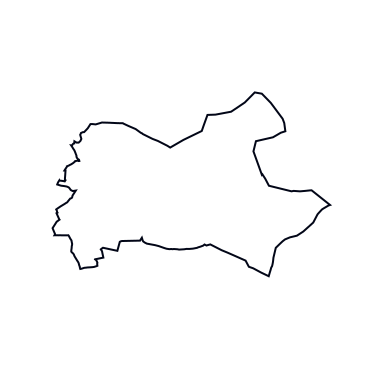 Ikwerre, Rivers, Nigeria (Albers equal-area conic projection), rotated 117°
{"feature_id": "59680162B85189896765318", "entity_name": "Ikwerre", "entity_type": "district", "adm_level": 2, "iso_a3": "NGA", "parent_name": "Nigeria", "parent_adm1": "Rivers", "projection": "albers", "projection_center": [6.95, 5.081], "detail": "fine", "context": "isolated", "style": "outline", "palette": "ink", "viewbox_px": 384, "rotation_deg": 117, "n_neighbors": 0, "source": "geoboundaries", "source_scale": "gbopen_adm2", "svg_char_len": 4421}
<svg xmlns="http://www.w3.org/2000/svg" viewBox="0 0 384 384"><g transform="rotate(117 192 192)"><path d="M74.8,181.3L88.3,185.6L102.7,193.6L112.4,206.2L116.3,213.2L127.4,211.8L133.2,211.0L149.5,223.3L162.3,231.6L162.0,234.9L162.0,238.4L162.0,245.6L162.6,251.3L162.7,262.2L162.4,263.3L162.5,264.4L161.5,270.8L162.0,278.5L162.1,281.2L162.2,284.5L162.1,284.8L164.4,289.5L168.1,297.7L171.0,303.8L175.5,308.5L176.6,311.4L177.6,313.3L182.5,313.8L184.3,314.3L187.6,315.3L188.4,316.6L189.9,317.7L190.1,317.6L191.8,317.6L194.9,314.7L197.1,314.6L199.4,315.4L200.4,317.3L200.2,319.8L200.7,319.6L202.2,319.0L202.4,319.4L203.1,319.8L203.5,319.9L204.5,320.0L204.9,320.1L205.1,320.4L205.3,320.9L206.3,319.1L207.5,317.2L208.1,316.0L208.4,315.6L208.8,315.1L209.5,314.3L210.0,313.7L210.6,313.1L211.3,312.3L211.8,311.7L212.0,311.5L212.7,311.1L213.1,310.9L213.3,310.6L213.7,310.2L213.9,309.8L214.1,309.4L214.4,308.7L214.5,308.3L214.5,308.0L214.5,307.6L214.6,307.3L214.8,307.1L215.0,306.9L215.5,306.5L215.9,307.1L215.9,307.3L215.8,307.6L215.8,307.9L215.9,308.0L216.8,309.2L217.6,310.2L218.0,310.3L218.2,310.2L220.3,311.1L222.3,312.3L223.3,313.1L224.4,313.8L225.8,315.0L225.9,314.9L226.9,315.0L227.7,315.1L229.4,315.3L230.8,315.4L230.4,314.4L233.9,312.9L235.8,312.1L237.5,311.4L239.0,310.7L239.0,310.1L240.3,310.2L240.6,311.4L241.0,312.6L241.6,314.3L242.0,315.4L241.9,315.5L244.1,315.7L245.7,315.6L246.5,315.5L245.8,311.5L245.0,309.3L244.6,308.1L244.0,306.1L243.9,304.9L243.9,303.8L244.2,303.0L244.9,301.6L245.2,301.1L245.3,300.3L245.3,299.6L245.3,299.2L245.3,298.7L243.5,296.2L246.4,296.5L247.3,296.6L248.4,296.7L249.0,296.8L249.3,296.8L249.5,296.8L250.3,296.6L251.0,296.4L251.4,296.4L251.6,296.4L251.9,296.5L252.1,296.6L252.4,296.8L252.7,297.1L253.1,297.5L253.4,297.6L253.9,297.7L255.3,298.0L255.8,298.1L256.6,298.3L257.4,298.4L257.8,298.5L258.2,298.7L258.9,299.2L259.6,299.6L260.5,300.1L264.2,302.4L264.9,302.8L266.0,303.4L266.9,303.9L268.0,304.5L268.8,304.9L269.2,305.1L269.3,305.0L269.3,304.7L269.8,304.2L270.3,303.7L270.9,303.2L271.2,303.0L271.5,302.5L272.4,303.1L276.6,297.9L276.8,297.5L278.1,298.2L279.1,298.6L279.5,298.9L279.8,299.1L280.0,299.1L280.4,299.1L281.1,299.2L282.4,299.3L286.4,299.7L287.3,299.8L287.5,299.8L288.3,298.9L290.1,296.8L291.5,295.1L292.0,294.7L292.3,294.6L292.5,294.7L292.8,294.9L293.0,294.9L292.5,294.0L291.9,292.8L291.2,291.3L290.3,289.6L289.5,287.9L288.6,286.1L287.8,284.5L286.8,282.6L286.7,282.5L286.8,282.3L287.1,281.7L287.9,280.6L289.0,279.0L289.7,277.7L290.1,277.2L290.7,276.8L291.7,276.0L292.2,275.6L292.7,275.2L294.0,274.7L294.3,274.7L295.2,274.4L296.1,274.0L297.4,273.5L298.1,273.3L299.1,272.9L299.6,272.7L300.0,272.4L300.1,272.1L300.4,271.4L300.6,270.5L300.9,269.7L301.2,269.1L301.5,268.7L302.0,268.2L302.2,267.9L302.6,267.5L303.5,266.0L305.6,262.6L305.7,262.3L306.3,261.4L306.9,260.6L308.1,259.6L308.5,259.2L309.6,258.0L310.4,257.5L310.9,257.0L311.3,256.6L310.6,255.7L308.9,254.0L308.5,253.6L307.9,252.7L307.5,252.0L306.8,251.1L306.2,250.0L305.9,249.5L305.0,248.0L304.1,246.5L303.4,245.5L303.1,245.1L302.9,244.9L302.5,244.5L302.2,244.2L301.3,243.3L300.7,242.8L299.5,243.6L299.0,243.9L298.8,243.9L298.2,244.2L297.8,244.3L297.7,244.5L297.3,244.9L296.7,245.7L296.1,246.7L296.1,246.9L296.0,247.8L295.9,247.8L295.8,247.6L294.4,245.8L292.3,243.2L290.7,241.2L287.5,243.8L285.6,245.3L284.5,247.2L283.4,246.7L282.1,246.0L278.3,231.8L269.2,233.7L268.5,233.3L267.5,232.2L258.9,216.2L258.3,216.2L255.5,215.9L257.4,214.1L258.2,213.1L258.5,211.1L258.5,208.8L256.1,200.7L255.3,197.1L254.5,191.2L254.1,188.9L253.2,186.2L252.2,184.6L251.9,183.6L251.0,182.2L249.6,178.9L249.2,177.4L246.6,173.0L245.1,170.9L244.0,168.6L242.0,165.4L239.5,162.2L238.4,161.3L237.0,159.8L234.7,157.7L233.1,157.0L233.1,155.9L233.1,154.8L232.6,154.3L230.4,151.9L230.4,139.1L229.9,132.8L229.5,125.9L228.8,113.1L232.8,107.4L232.2,102.8L232.4,93.8L232.2,85.4L228.6,86.1L225.7,86.6L223.3,87.1L222.1,87.0L221.7,87.0L220.0,87.4L217.9,88.0L216.2,88.6L213.6,89.6L203.7,92.0L199.3,90.5L197.0,89.7L194.8,88.9L192.0,87.6L187.9,84.1L186.2,82.1L183.3,78.7L176.7,74.9L164.2,70.1L154.9,70.0L153.3,69.6L150.8,68.9L148.4,68.2L146.4,67.0L142.0,64.2L140.9,63.1L136.2,86.2L137.0,87.6L139.6,91.6L142.4,96.1L144.9,102.0L146.2,103.6L151.5,126.3L146.9,132.8L144.3,137.3L145.0,137.5L127.9,155.7L117.7,158.1L106.5,144.7L102.5,142.1L98.9,139.8L95.5,136.4L88.7,141.1L85.6,144.5L76.8,162.3L72.7,174.4L74.8,181.3Z" fill="none" stroke="#020617" stroke-width="2"/></g></svg>